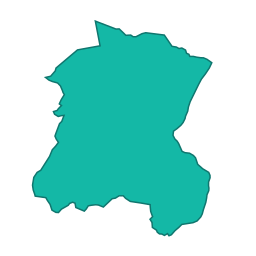 Parelhas, Rio Grande do Norte, Brazil, rotated 8°
{"feature_id": "56859067B27225115127072", "entity_name": "Parelhas", "entity_type": "district", "adm_level": 2, "iso_a3": "BRA", "parent_name": "Brazil", "parent_adm1": "Rio Grande do Norte", "projection": "albers", "projection_center": [-36.615, -6.711], "detail": "fine", "context": "isolated", "style": "filled", "palette": "teal", "viewbox_px": 256, "rotation_deg": 8, "n_neighbors": 0, "source": "geoboundaries", "source_scale": "gbopen_adm2", "svg_char_len": 1866}
<svg xmlns="http://www.w3.org/2000/svg" viewBox="0 0 256 256"><g transform="rotate(8 128 128)"><path d="M80.8,26.7L88.9,50.5L72.5,55.9L69.5,56.9L67.1,57.7L48.4,78.6L48.0,81.6L44.2,87.5L39.3,89.4L43.1,91.6L46.6,92.5L52.0,93.2L55.2,95.7L57.7,99.8L58.8,102.0L60.3,103.8L58.0,109.1L56.6,113.7L59.0,115.0L56.4,118.5L55.4,120.5L51.9,122.1L53.4,124.6L57.3,126.3L60.1,125.1L62.9,124.4L61.5,130.7L59.6,133.2L57.4,143.1L56.8,146.2L58.5,149.0L61.1,151.9L58.9,156.0L56.1,160.0L54.3,167.0L47.5,182.0L44.2,184.6L41.6,190.0L41.4,197.9L42.8,202.6L44.7,206.3L45.6,208.4L56.3,208.4L58.3,211.0L61.5,214.5L64.1,219.9L68.3,221.6L70.9,221.4L73.4,217.6L79.5,212.9L80.7,210.8L83.5,209.2L86.0,209.8L87.4,214.0L96.3,216.4L97.9,214.1L99.5,210.6L102.8,209.5L106.7,208.5L109.4,208.4L114.6,209.7L122.2,200.2L125.3,199.2L128.6,196.4L132.8,195.8L135.4,198.0L140.5,200.4L151.3,200.5L160.6,200.8L161.0,203.0L162.1,207.5L164.7,212.4L162.5,215.3L164.9,218.2L166.0,223.1L170.4,225.2L171.5,227.1L173.9,228.5L176.3,228.3L179.0,229.3L181.8,227.1L183.6,229.0L185.8,227.7L188.9,223.0L192.2,219.3L194.7,216.0L205.6,212.7L209.4,210.4L212.4,206.0L213.5,202.7L214.0,198.5L215.4,190.8L215.6,186.3L215.5,183.2L216.7,178.8L216.5,176.2L215.8,174.1L215.3,170.3L216.2,165.9L215.8,163.5L214.1,160.7L207.7,158.0L202.1,154.3L199.0,148.1L196.6,146.1L192.5,144.4L187.8,144.5L184.8,143.6L180.2,136.2L178.4,134.1L175.9,132.3L173.6,129.0L173.5,124.8L176.8,121.6L180.1,117.8L181.8,114.9L183.2,110.7L183.3,108.5L184.8,103.0L184.9,98.7L185.9,93.3L191.9,74.9L193.9,69.4L197.2,63.5L200.2,57.2L201.9,51.7L196.7,49.0L193.0,48.0L190.3,48.3L186.2,48.3L182.7,48.0L179.3,48.5L178.0,46.5L175.6,45.9L174.1,42.8L170.2,41.3L167.4,42.2L164.6,41.1L160.2,41.0L151.0,30.9L132.3,31.2L128.8,32.6L123.2,36.5L120.4,36.9L117.8,35.6L112.9,36.5L110.8,34.9L105.5,31.1L102.3,31.7L80.8,26.7Z" fill="#14b8a6" stroke="#0f766e" stroke-width="1.5"/></g></svg>